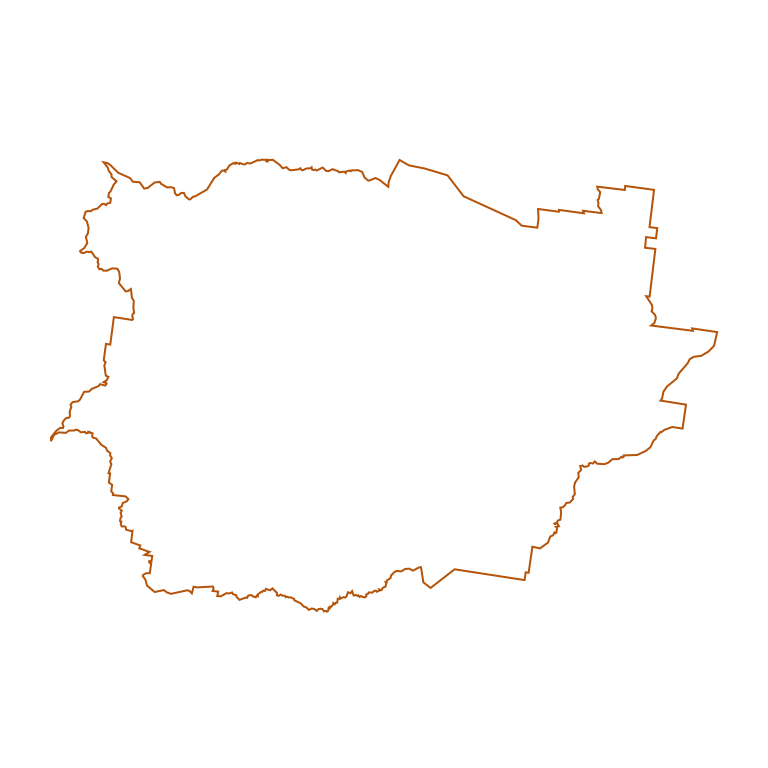 outline of Cardinia, Victoria, Australia, rotated 269°
{"feature_id": "25037944B56409622243598", "entity_name": "Cardinia", "entity_type": "district", "adm_level": 2, "iso_a3": "AUS", "parent_name": "Australia", "parent_adm1": "Victoria", "projection": "natural_earth1", "projection_center": [145.459, -38.095], "detail": "fine", "context": "isolated", "style": "outline", "palette": "amber", "viewbox_px": 768, "rotation_deg": 269, "n_neighbors": 0, "source": "geoboundaries", "source_scale": "gbopen_adm2", "svg_char_len": 6107}
<svg xmlns="http://www.w3.org/2000/svg" viewBox="0 0 768 768"><g transform="rotate(269 384 384)"><path d="M430.1,718.0L434.2,693.1L431.8,693.8L437.8,652.1L440.4,655.5L445.1,657.0L448.3,656.3L452.0,652.8L454.8,653.7L458.3,653.3L467.2,647.7L466.8,651.1L514.3,657.7L515.7,647.4L526.3,648.6L524.9,658.5L535.1,659.9L536.2,652.2L573.4,657.4L577.8,628.6L573.8,628.2L577.6,600.6L575.1,601.0L572.1,603.5L565.4,602.1L564.3,600.8L561.3,601.6L558.2,601.1L554.0,604.1L551.1,604.5L553.7,586.0L551.2,586.9L555.0,562.0L553.2,561.8L556.3,541.1L546.4,541.4L537.6,540.0L539.9,524.4L545.5,518.7L570.3,466.9L591.5,451.2L598.8,428.3L602.1,412.9L607.7,403.5L591.8,394.4L585.8,392.2L581.1,391.7L588.0,383.3L590.1,379.1L587.6,372.6L587.9,371.5L590.7,368.2L596.4,365.9L598.3,361.7L598.1,355.2L597.3,354.4L598.1,353.2L597.1,349.8L595.6,349.4L597.0,347.9L596.4,342.8L597.6,341.7L599.7,336.3L597.8,332.4L598.0,330.0L601.5,326.4L598.6,320.5L599.6,318.9L599.1,317.3L599.7,315.8L601.9,315.4L601.1,314.5L600.7,309.7L599.1,306.5L599.4,305.2L601.2,304.2L600.1,302.4L599.3,294.7L599.9,292.9L602.5,290.2L601.5,286.4L604.9,283.5L610.1,276.8L609.9,272.4L609.0,271.9L609.7,271.6L609.1,270.8L609.9,270.7L609.4,270.1L610.2,270.0L610.4,265.4L609.6,262.8L610.2,261.9L607.5,256.0L606.8,253.8L607.5,250.8L606.1,249.2L606.0,247.4L607.5,243.7L606.5,243.1L607.8,240.5L606.9,239.4L607.7,238.9L607.0,238.1L607.5,237.2L605.2,233.2L601.0,230.5L600.7,228.8L599.2,229.0L600.2,227.4L600.2,225.6L596.4,222.6L593.1,217.9L581.6,210.5L575.2,199.0L574.4,196.1L572.0,193.6L572.0,192.3L575.1,188.7L578.6,187.3L578.5,184.5L576.7,182.2L576.3,180.1L578.3,178.4L583.5,177.5L584.5,174.5L584.3,170.7L588.0,164.6L590.0,163.3L589.5,158.2L584.1,151.1L583.6,147.6L590.0,143.2L590.6,136.5L594.4,133.6L599.8,122.0L607.8,114.1L609.7,111.4L610.6,107.5L605.4,111.5L601.9,112.5L598.4,115.2L595.7,115.2L591.4,120.1L588.0,117.2L581.1,113.8L579.8,112.3L575.8,111.6L574.4,114.2L570.0,113.5L569.3,110.4L567.7,109.2L569.1,107.2L568.7,105.1L564.4,100.5L563.3,95.6L561.8,93.9L562.2,91.1L561.4,88.7L555.2,86.6L551.7,89.8L545.0,91.4L539.6,90.5L536.4,88.5L530.1,89.8L525.2,86.7L522.2,82.4L520.9,83.1L520.0,85.7L521.5,89.3L521.0,91.7L521.5,93.7L516.0,97.2L514.0,100.4L510.4,99.8L508.9,100.8L506.5,99.9L503.7,101.4L504.1,103.5L502.3,105.3L502.1,108.8L504.4,114.3L503.9,119.5L500.6,121.2L494.3,121.9L489.5,120.7L481.1,127.3L481.5,129.9L483.4,132.6L474.5,133.5L471.5,135.3L464.9,134.7L459.4,135.4L458.2,133.9L456.1,133.5L453.4,134.2L452.4,133.3L455.6,115.1L428.2,111.0L428.9,106.7L412.6,104.2L410.6,106.0L407.4,104.7L397.2,106.0L396.0,108.5L392.8,107.0L390.7,103.7L389.7,106.6L389.0,106.6L387.3,105.2L388.8,100.0L386.9,98.5L384.1,91.5L381.6,89.0L381.4,84.0L373.6,79.7L372.1,77.9L371.3,72.3L368.9,70.2L366.6,71.0L361.7,69.2L357.4,69.5L355.6,68.2L355.7,65.8L352.9,63.0L350.2,61.8L347.0,62.8L345.7,62.3L345.7,59.3L342.8,55.4L336.5,50.2L332.6,50.0L338.8,53.1L341.3,58.2L340.7,65.1L343.0,68.4L342.9,73.4L343.7,74.8L343.3,77.1L341.0,80.1L341.3,84.2L339.9,85.2L340.3,87.1L341.4,87.4L341.3,88.8L340.5,88.9L339.8,91.7L336.3,91.3L335.1,92.8L334.6,95.2L328.0,100.4L325.2,104.8L322.0,106.1L319.7,109.2L317.4,108.9L314.6,110.6L311.3,108.8L308.5,110.0L299.6,107.0L299.4,108.6L290.2,107.2L288.0,110.4L281.4,109.4L279.3,111.3L277.7,111.0L276.1,123.8L273.3,126.4L271.2,124.7L269.5,120.7L266.1,119.6L265.2,117.0L264.2,116.9L261.9,119.6L259.8,118.4L256.0,119.4L254.9,118.3L251.6,117.7L251.0,119.0L248.4,118.3L246.2,119.3L246.2,122.1L245.5,123.2L242.8,123.6L241.4,128.7L241.7,130.0L230.2,128.4L226.8,137.5L223.9,136.5L220.2,146.6L217.3,141.7L216.1,149.3L210.7,148.4L211.1,146.3L209.7,146.1L208.5,148.1L198.9,146.5L198.9,142.7L197.4,139.9L196.3,139.4L192.6,142.0L186.5,143.6L180.0,151.1L181.8,160.2L179.4,163.3L177.9,167.4L181.2,183.8L180.4,186.0L178.0,188.2L184.6,190.1L183.9,193.9L184.5,209.4L182.6,210.1L180.1,209.0L179.3,214.6L174.9,213.6L174.6,217.3L177.6,222.7L177.3,225.6L178.2,228.5L176.5,229.4L175.4,232.7L173.9,232.7L170.7,235.7L172.9,242.2L172.6,243.5L174.7,244.4L175.2,245.9L175.1,248.0L174.1,248.8L173.0,252.1L174.3,252.8L174.0,254.2L175.7,253.9L178.1,257.3L178.3,258.6L179.4,259.2L179.2,261.4L181.2,262.3L179.7,266.4L181.6,268.9L176.9,273.4L174.8,273.1L174.0,275.0L175.3,277.2L174.1,278.8L174.0,281.3L172.6,282.1L173.0,283.6L172.2,285.1L172.3,287.2L170.6,290.4L169.3,290.6L166.2,296.8L162.8,300.0L162.2,302.2L159.5,304.9L160.8,307.9L160.2,310.4L158.3,312.8L160.1,314.7L160.4,316.9L160.0,318.6L157.7,320.0L158.2,321.6L157.4,323.1L158.2,324.2L161.3,324.8L160.7,325.9L162.4,326.3L162.2,327.3L164.2,329.2L165.9,329.5L164.7,331.0L166.0,331.8L166.2,333.4L170.1,334.0L170.0,335.6L171.2,336.1L170.0,336.4L171.6,339.7L171.2,341.5L172.3,342.8L176.4,344.4L175.4,346.9L177.5,348.5L173.0,350.0L173.6,352.1L172.5,354.0L173.1,354.6L171.5,356.0L172.4,357.0L170.9,360.9L172.0,362.6L173.9,362.5L174.3,364.1L175.9,365.1L175.6,368.6L177.5,370.9L177.3,372.7L176.4,373.3L177.7,376.4L178.6,375.8L178.0,378.0L180.4,379.3L181.3,381.9L184.5,382.8L185.7,382.2L185.5,383.2L187.5,383.4L189.9,387.2L192.4,387.7L195.6,390.9L196.9,393.4L196.3,397.9L198.7,402.0L198.9,406.0L196.9,409.7L200.1,416.1L200.1,417.8L185.0,419.9L179.3,427.0L197.5,451.4L185.5,521.1L193.2,522.4L192.7,525.3L218.7,529.5L216.9,537.1L222.6,545.2L228.6,547.5L229.8,550.5L232.7,551.9L231.9,553.0L232.4,553.8L237.0,554.5L238.2,553.4L238.7,556.4L242.2,554.6L241.0,552.7L241.0,552.2L241.4,551.9L242.5,554.5L244.4,555.4L245.2,558.0L252.6,558.9L257.3,558.1L257.6,560.6L260.0,563.3L261.9,564.1L262.2,567.6L265.8,571.1L267.8,570.7L270.5,572.9L277.9,572.3L282.0,573.2L287.4,577.1L291.8,576.7L294.7,579.7L298.5,578.7L299.1,581.1L297.7,582.5L298.0,585.6L299.0,587.4L300.8,587.5L301.4,588.9L300.8,591.4L302.9,593.4L300.6,595.7L300.0,602.9L301.5,607.1L304.8,610.9L304.9,617.4L307.1,620.2L306.3,621.2L307.1,622.4L308.4,622.4L308.6,635.9L312.5,644.6L316.1,649.2L322.8,652.6L324.5,654.8L326.8,655.6L331.2,659.5L330.9,660.3L333.2,663.4L336.0,671.4L334.2,681.7L358.1,685.6L362.6,660.2L364.7,661.8L371.5,663.3L376.5,666.9L384.6,677.0L389.2,678.8L399.3,687.9L403.6,690.2L405.8,694.3L406.6,701.6L411.0,709.3L416.5,714.7L430.1,718.0Z" fill="none" stroke="#b45309" stroke-width="2"/></g></svg>